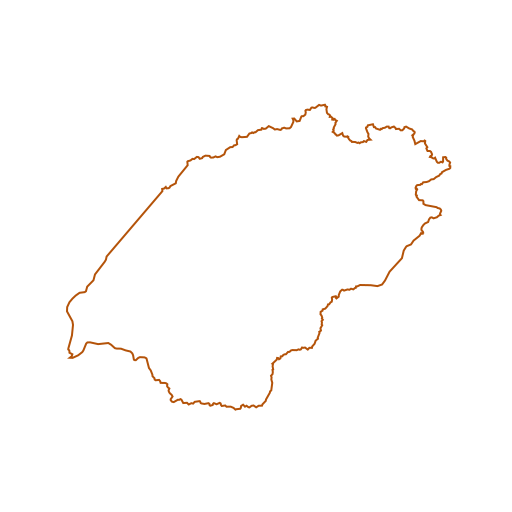 Lacar, Neuquén, Argentina (Equal Earth projection), rotated 130°
{"feature_id": "61730980B88853023630124", "entity_name": "Lacar", "entity_type": "district", "adm_level": 2, "iso_a3": "ARG", "parent_name": "Argentina", "parent_adm1": "Neuquén", "projection": "equal_earth", "projection_center": [-71.392, -40.311], "detail": "fine", "context": "isolated", "style": "outline", "palette": "amber", "viewbox_px": 512, "rotation_deg": 130, "n_neighbors": 0, "source": "geoboundaries", "source_scale": "gbopen_adm2", "svg_char_len": 6059}
<svg xmlns="http://www.w3.org/2000/svg" viewBox="0 0 512 512"><g transform="rotate(130 256 256)"><path d="M352.4,370.1L355.3,368.6L357.6,368.2L373.6,367.5L379.1,364.9L388.0,365.6L392.3,363.6L393.8,364.0L397.6,367.5L402.2,368.7L406.5,369.2L411.3,369.2L416.5,367.8L419.9,365.2L424.0,354.7L426.4,351.9L435.2,345.9L447.5,340.3L448.3,339.7L448.3,338.6L448.7,337.9L450.0,336.7L449.3,333.5L451.3,332.7L453.6,333.2L451.9,331.0L446.4,328.4L441.3,327.3L439.4,327.5L432.2,329.8L430.6,329.6L428.8,327.6L425.0,320.3L417.6,313.2L417.1,309.9L417.3,304.9L416.6,303.4L413.8,299.9L412.1,295.2L409.9,290.8L410.1,288.2L411.0,286.4L413.9,282.9L413.6,281.7L413.0,281.1L409.8,280.7L408.1,279.9L405.3,276.2L404.9,274.6L404.9,274.0L410.6,266.0L411.3,263.1L413.5,259.1L414.6,258.0L414.9,255.2L415.8,254.2L415.7,253.0L413.2,250.6L413.5,249.0L414.5,247.5L411.8,244.2L411.2,242.8L411.2,241.5L412.8,240.5L413.3,239.1L413.2,237.2L415.1,236.6L415.9,235.6L416.5,233.9L416.6,231.3L417.3,229.6L420.6,229.3L421.3,228.6L421.6,226.6L420.8,225.1L416.4,223.5L415.5,222.4L414.2,221.9L414.0,220.8L415.4,217.2L412.8,214.5L413.0,212.1L410.3,210.9L409.5,209.3L407.1,209.2L403.5,206.0L403.3,205.5L404.2,203.8L404.0,203.0L402.5,200.4L399.3,197.8L399.2,196.7L400.1,195.7L400.1,194.8L398.0,193.4L396.6,193.9L395.8,193.7L394.9,190.9L391.8,189.4L391.7,188.3L392.6,187.2L392.9,185.8L390.3,183.5L390.4,181.7L387.7,178.6L386.8,175.6L386.9,173.0L385.9,172.5L383.2,169.9L382.1,170.0L380.4,171.0L378.2,170.3L378.5,167.6L376.8,167.0L376.7,164.6L376.2,163.7L373.6,163.1L372.1,161.8L371.8,158.6L369.0,157.7L366.8,155.2L365.5,155.7L360.7,155.4L359.5,156.1L351.9,157.5L350.6,158.2L349.2,157.9L342.7,162.0L340.7,164.9L338.9,166.1L338.1,167.5L335.9,167.4L334.1,168.5L332.6,170.2L331.9,169.9L329.8,172.4L327.9,173.5L328.0,174.2L322.0,173.5L320.5,174.3L319.9,173.3L320.3,172.0L318.8,171.5L317.0,172.5L315.9,171.4L314.4,171.5L313.1,171.0L312.0,169.9L308.9,169.8L307.9,168.7L305.9,168.5L304.7,167.7L302.0,164.3L300.2,163.4L299.7,162.2L298.7,161.6L296.5,161.9L296.0,160.8L294.6,159.6L294.4,156.2L292.0,156.1L290.4,154.1L289.2,154.8L285.6,154.7L282.5,155.9L279.5,155.4L278.9,156.2L274.0,157.9L273.5,158.8L271.4,158.3L269.9,160.2L266.4,160.8L266.2,161.7L264.7,162.6L263.8,163.9L261.9,163.8L261.6,165.3L260.7,165.6L259.5,167.5L259.2,169.1L257.2,170.6L255.1,169.9L254.0,170.6L251.8,169.1L248.5,169.0L246.8,169.7L246.0,168.9L243.7,169.1L242.3,168.6L240.3,169.8L239.3,171.1L238.4,171.2L235.5,169.0L235.5,168.6L236.7,168.0L236.8,167.1L234.0,166.5L232.5,167.6L229.0,168.7L226.5,168.4L226.1,167.9L225.9,166.3L222.8,164.4L221.8,162.7L220.0,162.2L219.0,160.0L216.8,159.6L216.2,159.1L215.0,159.8L214.2,158.9L211.3,157.6L204.6,149.3L201.0,143.6L196.8,141.1L191.9,141.4L182.1,143.6L163.9,142.8L156.9,146.3L152.9,146.9L151.7,146.9L147.5,144.7L142.9,145.2L135.4,143.7L132.5,144.2L132.6,143.5L131.7,142.6L131.4,142.8L131.5,143.3L130.7,142.9L130.1,143.8L129.8,145.8L129.1,146.6L127.6,147.4L124.7,147.7L122.5,147.5L119.3,146.0L116.8,147.0L114.5,147.1L113.4,146.2L113.0,144.2L110.0,142.3L107.7,142.0L106.0,141.0L105.9,141.8L105.2,142.3L102.3,143.1L101.6,144.3L101.5,145.8L102.5,147.8L102.5,149.0L108.0,158.8L108.4,161.3L106.4,163.0L106.2,164.1L108.4,167.0L107.4,171.1L106.4,171.6L106.7,172.0L106.3,173.0L103.5,174.9L101.3,175.4L101.1,176.2L101.8,176.8L101.2,177.6L99.5,178.2L98.1,178.1L95.9,175.9L94.8,175.9L94.3,175.1L92.1,175.3L89.7,172.9L87.6,171.6L84.7,171.0L82.9,169.3L79.7,168.7L76.6,167.3L75.1,167.6L73.5,166.9L72.3,167.4L67.9,165.8L64.8,163.9L63.7,163.8L62.3,164.9L62.7,165.7L62.0,166.4L59.6,167.4L59.4,168.9L59.9,170.6L59.3,172.9L58.4,173.5L58.4,174.5L60.1,176.1L63.4,173.4L64.4,173.3L64.9,174.9L66.9,175.6L67.7,176.7L67.6,178.0L65.6,182.0L66.8,182.2L67.3,182.9L67.7,185.3L68.3,186.4L67.3,186.6L66.1,186.0L64.9,186.5L63.7,188.9L63.8,190.3L65.3,192.1L65.1,192.7L64.0,194.7L62.5,194.7L61.2,198.9L59.1,200.3L59.2,201.1L60.3,201.2L62.1,203.7L67.9,205.9L65.8,208.8L64.0,212.6L62.8,213.1L62.9,213.8L60.5,213.4L59.4,213.8L58.9,214.5L59.1,215.7L58.7,217.9L59.8,220.5L60.4,224.2L61.9,225.1L63.0,224.5L65.6,224.7L66.7,225.9L66.6,228.2L68.8,230.4L68.1,231.8L68.4,232.6L68.2,233.6L70.5,235.0L71.9,235.3L72.4,236.1L71.6,237.6L72.8,239.0L74.9,239.7L76.7,241.2L78.0,241.3L78.3,242.1L79.6,242.1L81.2,246.1L80.7,247.6L81.5,248.5L79.9,251.1L84.0,254.3L85.5,253.7L86.8,254.3L87.4,254.0L89.6,250.1L90.2,248.3L92.4,246.8L93.2,244.9L93.3,243.1L95.4,245.2L97.7,244.9L98.6,247.2L100.0,247.3L101.6,248.8L103.0,249.1L103.2,250.4L104.2,251.0L104.9,253.3L107.0,255.9L106.6,256.8L107.0,258.1L106.7,259.9L106.2,261.4L105.4,261.9L105.6,263.0L106.3,263.1L107.8,265.2L107.8,266.7L106.4,268.9L110.5,270.3L111.8,271.4L111.5,272.7L111.8,273.1L111.3,274.8L111.6,277.0L110.2,276.9L109.4,278.3L108.5,278.2L107.6,279.0L103.9,279.8L102.9,280.8L100.5,281.0L100.9,282.9L100.4,283.9L101.2,284.9L102.0,284.5L102.5,285.3L101.1,286.3L101.1,288.0L102.0,288.9L100.7,289.6L100.6,290.9L101.0,291.8L100.7,293.7L98.3,296.4L96.1,297.5L96.8,299.0L96.3,299.2L95.8,300.4L99.0,302.9L99.7,304.8L104.3,305.8L105.0,306.4L106.1,308.5L106.8,308.9L109.5,308.6L110.8,310.7L112.1,311.6L113.0,311.5L114.0,310.2L116.0,309.1L118.5,309.6L119.3,310.7L120.0,310.9L124.5,309.4L126.7,311.3L126.1,315.1L127.2,316.2L127.8,314.9L129.2,313.6L134.7,312.1L136.6,312.4L138.9,314.9L139.6,316.9L141.7,318.2L142.8,317.9L143.8,318.4L145.2,321.4L147.0,322.9L147.1,325.1L148.3,329.7L152.2,330.4L153.7,331.8L153.9,333.2L154.3,333.7L155.8,333.1L158.3,335.4L161.5,335.9L162.2,336.7L163.4,337.0L163.8,338.4L164.4,338.3L166.4,339.8L170.5,339.5L174.1,343.2L174.9,344.6L174.8,346.0L177.8,345.2L178.7,345.6L179.7,345.3L182.5,342.3L184.4,343.0L185.2,343.9L187.6,344.0L189.2,345.7L194.2,347.2L198.5,345.7L203.1,347.4L205.2,349.2L205.7,351.0L208.1,352.1L209.6,353.8L209.7,354.6L209.2,355.9L211.6,359.2L214.2,360.4L215.7,360.2L217.7,361.6L217.2,363.6L218.1,365.0L221.5,365.7L222.4,367.1L224.9,367.6L227.3,369.2L227.9,369.2L230.4,366.7L245.1,366.5L249.8,365.4L251.9,364.2L257.4,366.5L259.3,366.2L260.3,366.6L261.7,368.0L261.1,369.5L263.5,369.8L264.9,371.0L266.5,369.4L352.4,370.1Z" fill="none" stroke="#b45309" stroke-width="2"/></g></svg>